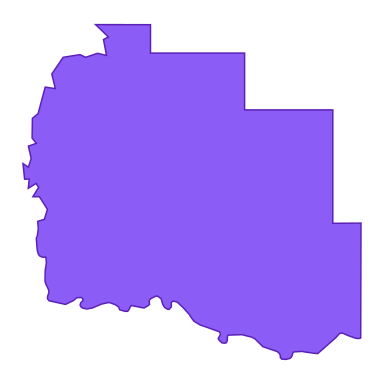 outline of Tillman, Oklahoma, United States of America
{"feature_id": "52423323B26295572620292", "entity_name": "Tillman", "entity_type": "district", "adm_level": 2, "iso_a3": "USA", "parent_name": "United States of America", "parent_adm1": "Oklahoma", "projection": "mercator", "projection_center": [-98.992, 34.381], "detail": "fine", "context": "isolated", "style": "filled", "palette": "violet", "viewbox_px": 384, "rotation_deg": 0, "n_neighbors": 0, "source": "geoboundaries", "source_scale": "gbopen_adm2", "svg_char_len": 1975}
<svg xmlns="http://www.w3.org/2000/svg" viewBox="0 0 384 384"><path d="M244.6,53.1L150.5,53.1L150.5,24.7L95.6,24.6L108.4,37.0L103.5,39.5L106.5,55.4L97.5,53.3L85.6,57.3L80.0,54.6L63.2,57.3L51.8,74.0L55.3,88.6L45.2,87.1L38.1,113.6L32.4,118.3L32.1,138.1L36.3,143.3L28.4,146.1L31.2,158.5L28.4,167.2L23.0,163.6L24.6,179.2L29.2,179.1L28.3,188.3L36.1,183.4L38.6,187.4L32.9,196.7L39.4,196.7L47.4,209.3L44.4,219.3L37.7,221.4L38.3,228.8L37.3,236.0L36.3,238.1L37.2,250.1L38.3,254.0L39.4,255.8L41.5,256.8L43.4,257.3L45.5,257.1L45.9,257.5L46.4,263.0L45.2,270.5L45.0,281.3L45.9,284.1L48.3,289.1L48.8,290.8L48.9,292.4L47.8,295.7L47.4,297.9L47.8,299.3L49.1,300.8L65.5,304.4L73.6,300.5L76.7,297.7L80.8,297.5L81.9,297.9L82.5,298.4L83.0,300.2L82.5,301.2L81.1,302.2L80.3,304.0L80.1,305.3L81.3,307.3L83.0,308.2L87.0,309.0L92.6,307.9L101.5,304.1L108.3,302.6L110.2,302.8L115.3,304.7L118.6,307.0L119.2,308.2L119.4,309.3L119.8,309.8L124.8,311.3L127.7,311.3L129.0,309.6L130.1,307.1L130.9,305.9L131.6,305.6L144.0,308.0L147.9,305.8L149.5,304.4L149.2,300.7L150.6,298.7L156.0,296.1L157.9,296.3L161.1,298.7L162.5,303.5L163.6,306.0L165.0,307.8L167.7,309.3L169.2,309.3L171.2,307.1L171.4,306.0L171.3,302.8L172.1,301.7L173.4,301.1L176.6,301.9L177.7,302.5L183.2,307.7L189.7,314.9L190.1,315.9L192.4,319.2L193.7,320.9L195.0,321.9L199.8,324.8L219.4,331.8L220.1,332.9L220.3,334.2L219.8,335.8L218.3,338.1L218.3,338.9L219.2,340.3L222.0,342.9L225.0,343.2L226.3,342.7L227.2,340.9L227.5,336.4L227.8,335.4L228.7,335.1L241.9,334.7L251.6,337.1L254.9,338.8L262.9,346.7L277.1,351.5L279.1,353.2L279.8,354.1L280.4,356.3L280.3,357.6L281.7,359.1L285.9,359.4L289.8,358.5L291.2,357.3L292.4,355.0L292.6,353.4L293.3,352.2L293.9,351.9L302.9,351.4L303.7,351.8L314.3,353.3L317.7,353.6L336.2,337.3L339.0,334.1L340.3,333.2L342.9,333.2L346.9,335.1L354.5,337.9L357.2,338.5L359.8,338.4L360.7,338.0L361.0,223.1L332.8,223.3L332.8,176.1L332.8,109.9L320.2,109.9L244.6,109.9L244.6,53.1Z" fill="#8b5cf6" stroke="#5b21b6" stroke-width="1.5"/></svg>